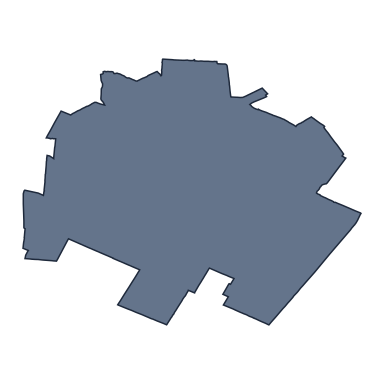 the district of Patulele, Mehedinti, Romania
{"feature_id": "2599482B86573663182139", "entity_name": "Patulele", "entity_type": "district", "adm_level": 2, "iso_a3": "ROU", "parent_name": "Romania", "parent_adm1": "Mehedinti", "projection": "robinson", "projection_center": [22.803, 44.325], "detail": "fine", "context": "isolated", "style": "filled", "palette": "slate", "viewbox_px": 384, "rotation_deg": 0, "n_neighbors": 0, "source": "geoboundaries", "source_scale": "gbopen_adm2", "svg_char_len": 5772}
<svg xmlns="http://www.w3.org/2000/svg" viewBox="0 0 384 384"><path d="M166.6,324.8L167.0,324.3L167.5,323.4L169.7,320.0L170.9,318.0L171.2,317.6L171.6,317.2L171.8,316.8L172.5,315.6L172.9,314.9L173.1,314.6L173.5,314.5L174.6,312.2L175.8,310.5L177.5,307.7L181.9,300.8L182.8,299.1L184.2,297.1L184.6,296.6L185.2,296.0L185.8,295.0L186.4,293.8L187.7,291.6L188.1,291.0L188.3,290.3L193.1,292.3L194.6,292.9L194.7,292.5L198.6,285.7L201.2,281.6L202.2,279.9L203.1,278.5L205.1,275.1L205.9,273.9L206.0,273.7L208.6,269.3L209.4,268.1L222.0,273.6L226.9,275.5L228.3,276.2L234.0,278.5L233.4,279.6L230.5,284.3L229.2,283.7L228.8,284.0L222.9,294.3L227.3,296.3L228.3,296.8L223.4,305.0L228.8,307.2L232.2,308.6L233.2,309.0L235.0,309.9L239.9,312.1L241.8,312.9L242.2,313.0L243.4,313.6L246.4,314.7L249.4,316.3L252.5,317.4L253.0,317.7L254.0,318.1L253.9,318.2L256.2,319.1L259.1,320.5L261.5,321.6L264.6,322.9L266.6,323.8L267.5,324.3L268.9,324.9L271.4,321.9L275.4,317.4L283.0,308.5L285.1,306.3L288.0,302.8L289.5,301.2L292.8,297.4L293.8,295.9L296.9,292.7L298.1,291.3L300.5,288.2L302.9,285.6L305.5,282.6L314.6,272.3L320.8,264.8L329.6,254.2L350.6,229.7L351.7,228.1L352.3,227.4L353.2,226.4L354.0,225.4L354.6,224.9L354.8,224.5L355.7,223.4L356.5,222.1L357.6,220.2L360.1,214.9L361.0,213.4L360.6,213.0L354.9,210.7L343.2,205.6L337.3,203.2L335.3,202.3L334.4,202.4L333.7,202.2L333.5,201.7L331.4,200.6L328.5,199.4L325.4,197.8L323.8,197.2L322.4,196.5L320.3,195.5L320.0,194.8L318.7,194.3L318.1,194.1L316.9,193.4L316.5,193.1L316.5,192.8L316.9,191.9L317.0,191.5L317.2,191.1L318.2,190.3L319.3,188.9L319.7,188.1L319.8,187.5L320.6,186.8L321.7,185.3L322.6,184.7L324.2,184.2L325.2,183.9L326.1,183.9L326.7,183.3L327.1,183.1L339.4,166.6L343.6,161.1L345.8,158.1L345.6,158.0L345.3,158.4L345.2,158.4L344.8,157.7L342.1,156.0L343.6,154.1L342.3,152.2L337.3,145.2L334.5,141.8L330.4,136.3L328.1,133.0L326.1,130.6L324.2,128.0L323.9,127.3L324.1,127.1L324.6,126.4L323.5,125.4L319.8,123.1L314.3,119.1L314.2,118.9L312.0,117.5L311.4,116.9L306.0,119.9L305.8,120.1L304.3,121.0L303.3,121.8L302.0,122.3L301.6,122.7L300.3,123.4L299.7,123.5L299.2,123.7L296.8,125.2L295.9,126.5L293.7,125.0L288.7,122.3L288.0,121.7L284.3,119.6L284.1,119.4L282.8,119.0L280.2,117.8L277.0,116.7L276.4,116.4L275.2,116.0L273.7,115.5L273.0,115.4L272.6,115.0L269.0,113.6L266.3,112.4L262.1,111.0L259.7,110.0L258.4,109.2L258.1,109.7L257.4,109.4L256.2,109.1L254.0,108.1L252.4,107.0L251.5,106.3L251.1,105.6L249.8,104.5L251.3,103.3L252.0,102.9L254.0,101.9L263.6,98.0L266.6,96.6L265.6,95.1L267.6,93.8L262.2,88.1L249.1,94.5L247.8,95.1L246.3,95.9L242.8,97.4L240.2,97.5L237.7,97.3L234.9,97.2L231.4,97.0L230.9,96.9L230.8,96.6L230.6,95.3L230.2,92.2L230.0,90.5L229.6,86.1L229.3,84.4L229.3,83.3L229.0,80.5L228.8,79.2L228.6,77.5L228.4,76.8L228.3,75.2L227.3,67.1L227.1,65.8L226.6,64.9L226.0,64.4L225.0,64.0L224.6,64.0L222.8,64.0L217.8,63.8L217.3,63.4L217.1,63.1L216.9,62.7L217.0,62.2L216.8,61.5L215.8,61.5L213.9,61.4L213.2,61.6L209.3,61.4L208.4,61.3L203.9,61.3L203.1,61.2L202.1,61.1L201.7,61.1L201.0,61.0L198.4,61.2L195.7,60.9L194.7,60.9L194.5,60.7L194.5,60.0L194.5,59.7L194.2,59.6L193.9,60.0L193.4,60.4L193.1,60.5L190.4,60.6L190.0,60.4L189.7,60.5L189.1,60.5L188.2,60.3L187.4,60.1L184.3,60.3L183.0,60.3L173.9,59.9L172.6,59.7L162.8,59.1L162.5,59.4L162.4,60.9L162.0,62.6L162.3,63.1L162.3,63.7L162.2,65.1L162.0,66.8L162.0,68.0L161.6,70.3L161.6,70.7L161.8,71.7L161.7,72.9L161.6,74.1L161.6,75.0L161.5,75.4L161.4,75.5L160.9,75.8L159.7,73.9L159.4,73.6L158.8,73.3L158.0,72.4L157.1,71.5L156.2,71.8L153.9,72.9L149.7,74.8L148.2,75.5L147.6,76.0L147.1,76.5L143.9,77.9L143.5,78.0L143.3,78.0L140.4,79.4L139.7,79.8L138.3,80.4L137.1,81.1L135.7,80.9L135.2,80.7L134.6,80.3L132.0,79.3L131.1,78.8L130.5,78.6L129.0,77.9L127.4,78.0L126.6,77.7L125.6,77.2L124.6,76.3L123.8,75.8L122.2,75.2L120.6,74.3L120.2,74.1L119.2,73.8L117.9,73.5L117.3,73.2L116.8,73.3L116.4,73.2L115.6,73.5L114.1,73.6L113.8,73.3L113.5,72.5L113.3,72.2L112.6,71.8L112.2,71.7L110.9,71.6L110.2,71.7L108.3,71.5L107.2,71.5L106.5,71.7L106.1,71.7L105.5,71.6L105.2,71.4L104.7,71.3L103.7,71.6L103.2,71.7L103.1,72.8L103.2,73.5L102.5,74.0L101.6,74.2L100.6,74.5L101.1,80.2L101.2,80.6L101.7,81.9L102.2,83.0L102.4,83.3L102.6,83.8L102.5,86.1L102.2,87.3L101.5,88.4L101.3,89.1L101.2,94.2L100.9,98.3L100.9,98.9L101.0,99.4L101.4,100.2L103.1,102.1L103.5,102.7L104.6,105.0L100.4,104.0L99.4,103.6L97.9,103.1L96.3,102.4L94.8,102.3L91.8,103.8L90.9,104.5L90.0,105.0L89.2,105.5L87.7,106.2L86.6,106.4L84.8,107.4L82.4,108.5L80.1,109.9L79.2,110.3L77.8,110.8L74.5,112.7L72.6,113.6L70.7,115.0L61.1,111.1L54.6,122.6L50.8,129.7L47.3,135.9L46.3,137.9L48.2,138.0L48.6,138.2L49.4,138.3L49.9,138.4L50.1,138.7L50.4,138.8L51.0,138.7L52.3,138.5L52.8,138.5L53.5,138.8L54.0,138.7L55.0,138.7L55.7,138.8L54.9,146.8L54.7,147.2L53.7,157.7L53.7,158.6L49.7,156.0L47.1,155.4L46.6,159.0L46.7,160.1L46.4,161.4L46.2,165.5L45.6,172.6L45.6,173.5L45.3,174.3L45.2,176.5L45.2,177.0L45.1,178.8L45.0,179.1L45.0,179.5L44.9,181.3L45.1,182.0L44.9,182.5L44.1,190.1L44.1,190.4L44.4,190.7L44.4,191.0L44.0,191.5L43.8,192.7L43.4,195.4L38.3,193.1L27.6,190.8L24.8,190.2L24.1,190.9L23.3,193.7L23.3,204.0L23.9,220.7L23.9,227.6L24.0,227.9L24.2,228.2L25.1,228.7L24.6,233.7L24.4,236.3L24.2,237.7L24.4,237.9L24.3,238.7L23.9,241.3L23.7,242.0L23.4,244.5L23.2,246.6L23.0,248.3L28.3,250.5L27.6,251.6L25.7,255.2L25.3,257.2L25.0,258.6L29.4,258.9L31.9,259.2L35.0,259.4L38.3,259.5L42.6,260.0L52.0,260.7L53.5,260.9L56.5,261.1L57.7,259.0L67.4,240.7L68.5,238.8L87.8,247.3L113.2,258.2L113.1,258.4L139.7,269.8L139.3,270.6L138.0,272.6L137.5,273.5L134.6,278.2L131.1,283.7L129.5,286.3L124.3,294.4L120.4,300.7L118.2,304.0L117.7,304.8L118.8,305.3L127.9,309.0L131.6,310.4L136.2,312.4L141.9,314.6L147.2,316.9L148.2,317.3L151.3,318.7L152.8,319.1L157.2,321.0L163.4,323.4L166.6,324.8Z" fill="#64748b" stroke="#1e293b" stroke-width="1.5"/></svg>